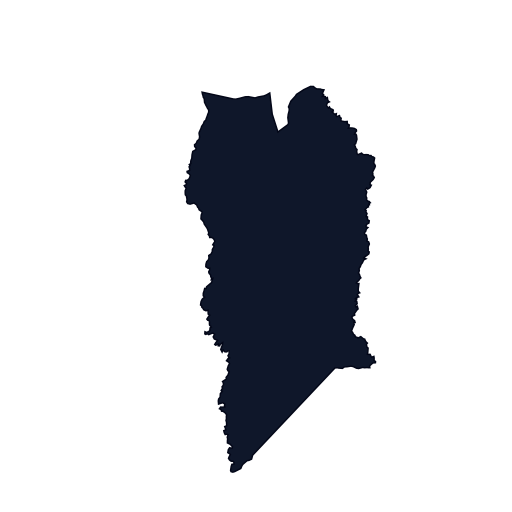 outline of Aporé, Goiás, Brazil, rotated 49°
{"feature_id": "56859067B20436307532870", "entity_name": "Aporé", "entity_type": "district", "adm_level": 2, "iso_a3": "BRA", "parent_name": "Brazil", "parent_adm1": "Goiás", "projection": "equal_earth", "projection_center": [-52.039, -18.806], "detail": "fine", "context": "isolated", "style": "filled", "palette": "ink", "viewbox_px": 512, "rotation_deg": 49, "n_neighbors": 0, "source": "geoboundaries", "source_scale": "gbopen_adm2", "svg_char_len": 6151}
<svg xmlns="http://www.w3.org/2000/svg" viewBox="0 0 512 512"><g transform="rotate(49 256 256)"><path d="M403.9,415.3L404.7,413.6L406.4,406.9L405.0,404.1L404.6,402.6L404.6,397.1L405.6,395.4L406.4,392.6L404.1,389.2L392.3,269.9L393.6,268.0L394.6,267.3L397.5,264.5L397.7,262.0L399.4,259.8L401.4,256.6L403.2,255.2L406.5,253.8L408.2,252.4L409.2,250.4L410.0,248.7L411.5,247.4L413.1,245.3L414.0,244.5L415.0,243.4L413.4,242.3L413.4,240.6L413.4,238.0L414.9,235.9L414.0,235.0L412.4,235.5L410.4,233.7L409.1,232.9L408.2,235.3L405.1,234.4L403.3,236.4L401.9,234.7L399.0,231.8L397.3,232.0L395.0,230.5L394.8,229.1L393.0,229.3L391.3,229.0L390.1,228.5L388.9,229.3L385.6,229.8L384.8,232.9L383.6,233.1L382.2,234.1L380.8,233.4L378.9,233.8L377.1,233.2L375.3,233.2L373.8,230.5L372.2,226.9L370.1,225.7L371.1,224.8L369.4,224.0L367.3,224.5L365.6,224.0L364.6,223.2L365.4,220.3L363.9,219.4L363.4,217.1L363.0,215.4L362.9,213.7L360.4,212.5L360.3,214.0L358.6,213.5L358.4,211.0L356.3,209.7L355.2,210.6L354.6,208.2L353.5,208.9L353.4,207.2L354.3,205.2L351.5,204.8L351.2,203.4L351.8,201.9L349.6,201.9L347.9,200.4L344.3,196.4L343.4,197.6L342.2,198.0L341.9,196.4L341.9,194.5L341.3,192.7L341.3,191.2L339.7,190.9L337.7,190.0L336.2,189.9L334.8,187.6L333.1,186.5L332.5,184.3L331.3,182.2L330.9,180.1L330.2,178.7L329.6,176.9L330.2,174.9L328.1,175.9L328.0,174.0L328.3,172.2L328.4,169.4L327.2,167.9L325.7,168.1L324.5,166.7L322.7,165.4L321.3,162.6L319.3,161.7L317.5,162.4L316.2,160.8L314.7,160.3L312.6,159.0L311.2,159.8L309.6,158.9L309.3,156.9L308.1,155.2L307.9,152.9L306.5,153.8L305.4,153.3L304.7,151.3L305.2,149.2L303.7,147.4L301.6,148.0L299.6,146.2L298.5,147.1L296.7,144.3L294.9,144.3L294.1,143.1L292.6,143.3L292.2,140.5L292.7,138.9L291.4,138.1L291.8,136.8L290.4,136.2L290.8,134.8L289.1,134.8L287.7,135.7L286.1,135.7L284.8,134.3L283.5,134.0L282.0,132.9L280.4,130.5L277.5,129.7L277.3,127.7L278.8,127.8L279.2,125.1L278.2,122.5L277.0,123.2L275.3,121.4L275.1,117.5L274.4,115.3L272.7,114.9L271.5,115.3L270.9,114.0L269.1,113.0L267.3,108.4L266.4,106.9L264.6,106.3L263.5,106.5L261.7,104.6L259.9,102.2L258.4,102.4L257.0,103.4L255.6,103.3L254.5,104.7L253.2,104.9L251.7,106.4L250.5,108.0L249.2,108.8L247.6,108.8L246.4,112.6L245.2,112.7L243.1,111.4L241.9,109.9L240.3,110.1L238.4,109.2L236.6,108.8L236.6,107.1L235.6,105.6L234.1,103.2L230.7,100.9L229.5,100.7L228.7,101.7L227.9,100.0L227.6,98.1L226.4,97.4L224.4,98.0L222.8,99.2L221.4,100.6L220.1,102.4L219.5,101.0L218.3,99.6L216.1,100.4L214.3,98.9L212.8,100.9L210.0,103.2L208.9,102.6L207.9,101.3L206.5,101.7L204.8,100.9L203.8,103.6L202.6,103.5L201.3,102.0L200.6,103.7L198.9,103.8L197.2,104.1L197.3,102.5L196.1,101.9L194.7,102.6L193.4,103.2L191.7,102.8L191.8,104.3L189.0,104.2L188.0,103.2L187.2,101.6L187.8,99.5L186.5,99.8L185.1,99.4L183.2,98.2L182.7,100.3L181.3,99.1L180.1,99.8L179.1,101.2L178.7,99.2L176.9,99.3L175.2,95.7L173.5,97.2L172.1,98.0L169.8,100.5L168.3,101.1L165.7,101.5L163.8,103.6L161.8,110.8L160.6,119.4L161.2,121.4L162.0,128.1L164.8,133.7L166.7,134.3L168.3,135.9L170.2,138.7L172.5,141.2L177.1,144.3L177.8,145.8L176.8,158.1L159.6,150.7L142.0,138.7L141.3,142.3L140.4,145.0L137.3,150.2L136.1,153.0L130.8,157.2L128.8,159.7L126.2,165.0L124.4,168.3L122.9,169.9L97.0,189.2L98.7,190.2L100.0,190.7L101.8,191.7L103.2,191.8L106.4,194.1L107.8,194.4L109.0,194.8L110.9,195.2L113.2,195.8L114.4,195.7L116.4,197.3L117.3,199.2L118.4,201.0L119.7,203.5L120.6,204.8L120.5,206.7L121.8,209.1L122.5,212.0L123.6,213.7L125.4,217.7L126.2,218.6L129.1,220.4L130.6,222.4L130.6,224.9L131.8,227.2L131.7,229.4L133.2,230.5L135.2,230.4L136.3,231.7L135.6,235.1L137.6,237.8L140.2,240.4L141.2,242.4L142.3,243.7L143.5,244.5L143.2,246.3L144.4,246.4L144.8,248.0L146.3,248.6L147.9,250.0L146.9,252.5L148.0,253.2L150.2,252.5L152.3,252.8L153.8,255.7L153.8,258.3L152.8,259.4L153.6,260.9L155.7,260.8L156.4,262.0L155.8,263.9L157.4,264.2L159.0,264.1L160.3,266.6L161.9,268.0L163.5,269.2L164.9,269.1L167.7,270.7L168.7,271.6L169.6,272.8L171.6,273.1L173.6,271.7L175.4,267.9L176.8,267.7L178.5,267.2L180.8,268.0L182.2,267.9L183.8,268.6L187.3,267.7L188.2,268.6L189.1,270.4L191.9,273.2L194.1,273.1L196.2,273.2L197.9,274.1L202.4,274.6L203.8,274.9L207.7,276.5L208.3,277.9L210.3,278.0L211.7,278.8L212.7,277.5L214.2,276.8L216.1,276.8L218.1,277.5L218.6,279.5L219.2,281.3L220.5,280.8L221.5,281.9L222.4,284.6L224.0,286.1L225.0,288.6L224.6,291.3L226.8,292.9L227.8,294.9L227.9,296.9L229.3,299.1L231.2,300.9L233.8,300.2L234.8,298.9L236.2,300.3L236.8,301.9L237.8,302.6L238.9,302.8L240.2,302.6L242.2,303.8L243.6,303.9L244.4,305.1L244.7,303.6L245.9,305.5L246.9,306.8L246.8,313.5L247.9,314.9L246.8,316.0L248.3,318.1L249.5,320.2L251.4,321.9L253.3,321.8L253.3,324.9L254.4,327.4L256.6,330.0L258.0,329.7L259.2,330.5L260.4,330.3L262.3,330.7L264.5,329.7L265.5,327.8L268.5,330.2L270.3,329.7L270.5,331.3L271.4,334.5L272.7,334.6L274.1,333.7L275.4,334.5L276.7,335.7L277.8,336.4L279.2,336.2L280.4,336.4L280.1,337.8L281.9,339.7L282.0,341.4L281.2,343.5L279.7,344.2L281.2,345.7L282.3,345.3L282.5,343.8L284.3,343.3L285.7,339.2L287.9,338.5L289.0,341.4L291.3,341.9L294.5,340.3L295.1,343.5L295.7,345.2L296.9,344.9L297.7,342.1L299.0,343.4L300.0,342.4L299.2,341.1L299.5,338.0L300.9,339.4L303.4,343.9L306.3,344.6L305.4,342.5L308.0,342.3L309.2,340.9L309.0,339.5L310.1,338.5L312.3,340.7L312.8,342.5L314.3,343.0L315.5,342.8L315.1,344.6L315.7,347.0L318.4,346.2L319.9,346.6L320.6,348.8L322.6,352.0L324.3,352.5L325.6,352.0L327.5,355.4L328.0,358.2L329.4,358.9L328.8,363.6L330.2,363.8L332.0,365.2L332.5,367.5L333.8,368.0L334.7,370.6L336.1,370.3L336.4,373.1L339.0,375.7L339.4,378.0L340.6,379.5L343.2,381.4L344.8,377.5L347.2,376.6L348.2,377.9L349.5,378.5L347.9,380.7L346.8,381.8L347.3,383.8L349.0,383.1L350.5,383.8L351.6,382.8L353.8,382.2L356.5,382.3L357.6,383.6L359.5,385.2L360.4,386.5L362.1,387.3L364.9,389.5L364.2,391.5L367.4,392.7L366.7,394.9L368.6,395.9L370.5,396.4L371.4,394.9L372.5,394.3L373.9,396.6L375.5,397.4L376.5,398.6L378.3,400.2L381.1,399.0L384.5,398.9L385.4,400.3L383.4,401.7L384.0,403.9L385.9,406.3L387.4,405.8L389.0,405.6L389.9,408.0L390.7,409.5L392.6,409.8L394.5,409.4L396.2,407.8L397.4,408.1L398.6,409.3L397.4,410.8L398.5,412.7L401.2,415.9L402.4,416.3L403.9,415.3Z" fill="#0f172a" stroke="#020617" stroke-width="1.5"/></g></svg>